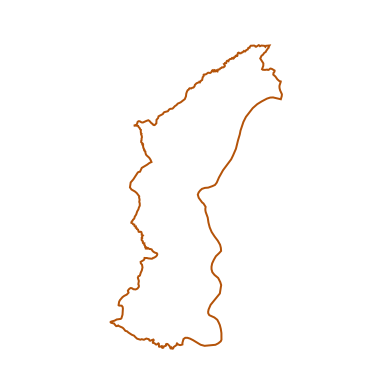 Guataquí, Cundinamarca, Colombia, rotated 191°
{"feature_id": "7082276B38387467100099", "entity_name": "Guataquí", "entity_type": "district", "adm_level": 2, "iso_a3": "COL", "parent_name": "Colombia", "parent_adm1": "Cundinamarca", "projection": "albers", "projection_center": [-74.774, 4.506], "detail": "fine", "context": "isolated", "style": "outline", "palette": "amber", "viewbox_px": 384, "rotation_deg": 191, "n_neighbors": 0, "source": "geoboundaries", "source_scale": "gbopen_adm2", "svg_char_len": 6017}
<svg xmlns="http://www.w3.org/2000/svg" viewBox="0 0 384 384"><g transform="rotate(191 192 192)"><path d="M246.4,48.2L243.3,48.0L242.6,47.2L240.8,45.9L239.9,46.1L239.0,46.9L238.3,46.5L234.4,45.6L233.3,45.0L230.9,43.0L229.0,42.8L227.8,42.0L223.9,40.4L221.4,39.9L220.0,38.8L217.8,37.5L214.5,37.2L213.3,37.9L211.0,37.8L208.9,39.4L206.4,39.3L205.8,38.8L205.5,38.2L204.7,38.0L201.8,39.8L201.5,39.6L201.3,39.2L201.8,37.1L201.6,36.5L200.1,36.4L198.1,35.4L197.1,35.9L196.2,37.0L195.7,36.8L195.5,36.4L194.9,34.0L194.2,33.9L192.2,35.0L192.0,34.7L192.1,34.0L191.9,33.6L191.0,33.4L190.4,33.8L190.3,35.0L188.4,36.0L188.2,36.4L188.5,37.5L187.7,38.1L187.0,38.1L184.5,36.4L183.2,34.4L182.8,34.4L182.5,35.3L181.8,34.6L181.0,34.5L180.6,35.1L180.5,36.2L177.8,39.0L178.0,40.0L177.8,40.5L176.7,39.8L175.1,39.4L173.9,39.6L172.3,40.5L172.6,42.2L172.3,46.0L170.8,47.6L168.6,48.0L166.0,47.7L162.8,46.8L154.4,43.7L150.3,43.4L139.8,46.5L137.2,48.6L135.3,50.9L134.9,52.6L136.2,59.1L137.6,63.1L139.3,66.7L140.9,69.0L142.8,71.4L146.1,73.1L151.5,74.4L152.9,76.0L153.3,77.5L153.3,79.8L152.2,84.8L145.3,97.7L145.6,106.2L147.1,109.0L149.9,112.6L154.1,114.9L156.7,117.1L158.1,119.9L158.6,122.4L158.6,125.7L157.6,129.7L156.3,133.5L153.5,137.5L152.2,139.7L153.0,142.6L154.4,145.6L157.4,149.1L161.3,152.6L165.1,156.5L167.9,160.7L170.0,165.1L171.7,169.9L174.7,174.9L175.3,176.4L175.7,177.9L175.8,180.0L178.5,182.9L180.1,183.7L184.3,187.6L185.8,190.5L185.4,192.8L184.3,195.0L182.8,197.0L180.1,198.5L176.9,199.4L173.2,201.6L170.8,203.3L169.5,205.9L168.3,211.4L165.7,219.3L159.8,231.5L158.7,235.6L157.1,242.9L156.7,251.4L156.1,257.6L156.1,261.5L154.9,270.6L153.4,276.0L148.4,285.9L144.7,290.7L140.8,294.3L136.2,298.0L133.3,299.6L130.5,300.3L122.5,300.0L122.2,303.3L122.4,305.1L124.9,308.6L125.9,310.7L126.3,312.2L126.4,313.3L125.9,317.2L126.0,317.5L127.3,317.5L129.7,318.9L132.2,321.3L134.6,322.7L134.7,324.6L134.1,325.6L134.0,326.2L134.1,327.0L136.9,328.0L138.3,328.2L138.8,328.0L139.7,326.9L140.6,326.3L141.6,326.5L143.6,325.8L145.9,325.5L146.7,325.9L146.1,329.4L146.5,331.9L150.5,336.1L149.7,339.1L148.6,340.2L147.6,342.4L146.4,343.5L145.9,345.2L145.2,346.5L145.0,347.5L144.3,348.2L144.3,349.4L143.9,350.6L147.3,349.6L147.7,348.5L149.0,349.3L151.8,349.0L153.1,348.1L153.9,348.7L154.5,348.9L156.8,346.8L157.4,346.8L157.8,347.3L158.9,347.6L162.2,346.8L163.0,345.5L163.0,344.6L163.4,344.4L164.2,344.2L164.5,342.5L165.7,341.8L166.6,340.1L167.0,340.0L167.9,340.4L169.1,338.6L170.0,338.3L170.6,337.4L171.6,337.2L172.5,337.7L172.9,337.7L173.5,337.1L173.5,335.8L173.8,335.3L173.4,334.5L173.6,334.1L174.1,334.0L174.9,334.2L175.2,334.0L175.3,332.9L176.6,332.1L176.4,331.3L176.8,330.8L177.4,330.7L177.9,331.2L178.3,331.2L178.9,330.1L180.0,329.8L181.1,328.4L181.2,327.4L182.1,327.7L182.7,327.4L183.0,326.7L183.0,325.1L183.5,324.8L184.3,324.8L184.5,324.0L185.0,323.7L183.9,322.4L183.8,322.0L184.0,321.4L184.9,320.4L186.4,320.1L186.7,319.4L187.7,318.9L188.4,317.6L189.7,317.2L190.0,315.2L190.6,315.3L191.3,316.1L191.7,315.8L192.0,314.9L192.5,314.7L192.8,314.9L193.2,316.0L193.4,316.0L193.6,314.7L193.9,314.4L194.4,314.6L194.6,315.3L195.0,315.5L195.5,315.0L195.9,313.3L196.9,312.3L198.9,312.2L200.7,310.3L201.4,309.9L202.7,309.6L203.0,309.1L202.7,308.5L202.8,307.7L203.4,306.7L203.4,303.9L204.2,303.2L204.8,302.1L205.6,301.8L205.3,301.1L206.5,300.8L208.3,299.6L209.6,297.7L209.7,296.2L210.5,294.8L211.7,294.3L212.7,293.4L213.6,293.5L214.1,293.4L214.6,292.8L214.7,292.0L215.6,291.2L216.1,289.7L216.4,287.5L216.2,284.8L216.8,281.8L220.3,277.8L222.9,276.0L223.8,274.4L225.2,273.0L226.8,270.4L227.3,270.0L229.2,269.5L230.3,268.5L231.1,266.7L234.4,265.1L235.0,264.4L235.3,263.3L235.8,262.7L239.3,259.9L239.4,258.1L240.6,256.1L240.1,252.6L241.4,250.6L242.0,250.4L242.9,250.6L243.7,251.1L243.8,251.4L245.1,251.9L247.3,253.6L248.6,254.1L250.3,253.1L253.4,250.9L254.4,250.7L255.4,250.9L256.6,251.4L257.7,251.4L258.3,251.0L258.8,250.3L258.9,248.6L259.4,247.4L261.8,246.1L260.9,246.1L260.3,246.4L257.5,246.6L256.7,245.5L255.5,244.7L254.8,243.6L254.0,243.2L253.9,241.9L253.4,240.1L252.7,239.6L252.9,238.7L252.3,238.1L251.6,236.3L251.7,234.7L251.4,233.2L251.6,232.8L251.6,232.2L251.3,231.1L250.6,230.8L250.3,230.3L249.6,230.1L249.8,229.1L249.0,228.9L249.0,228.1L248.7,227.7L248.6,226.9L248.2,226.4L248.1,225.9L247.4,225.2L247.2,224.2L246.5,224.0L246.4,223.3L245.5,222.8L245.4,222.1L244.4,220.1L243.6,219.3L240.6,217.5L239.0,215.9L237.5,213.7L239.4,212.3L241.2,210.3L245.9,206.1L246.9,202.0L248.5,201.3L249.1,200.4L252.0,193.2L254.0,189.7L253.8,184.7L253.4,184.3L251.9,182.9L248.1,181.6L246.0,180.4L243.0,177.7L242.9,176.5L242.1,174.8L241.9,173.7L241.9,172.2L241.2,171.1L240.7,168.9L240.7,168.4L241.2,166.5L241.3,164.7L242.1,162.5L242.5,159.2L243.5,156.8L243.5,155.6L243.8,154.6L244.7,153.4L244.8,152.6L245.6,151.5L245.7,150.2L244.3,149.8L243.7,149.1L242.4,149.0L242.1,147.8L241.8,147.5L240.5,147.5L240.4,146.2L239.4,146.0L239.3,145.5L239.0,145.1L237.8,144.8L236.8,142.8L236.3,142.7L234.8,143.2L234.1,143.0L233.3,141.5L233.2,140.4L231.9,140.0L232.5,138.8L232.3,138.1L232.6,137.5L232.1,137.1L232.5,136.2L232.1,135.0L230.8,134.2L230.6,132.9L230.2,132.4L229.9,132.3L229.0,132.5L228.8,131.1L228.5,130.7L228.0,130.6L227.4,128.8L226.6,129.1L226.2,128.8L226.3,127.7L225.0,127.9L224.9,128.5L224.7,128.7L222.9,127.9L222.1,128.1L221.1,128.0L220.6,127.9L219.9,127.0L218.5,126.0L216.8,125.4L214.9,125.2L214.2,124.4L214.3,123.2L214.9,122.0L216.5,120.4L217.6,119.9L218.0,119.2L218.9,118.8L222.1,118.5L223.7,118.6L226.0,118.2L226.0,116.9L226.4,116.0L229.1,113.6L228.6,112.2L227.2,111.1L226.2,108.5L226.3,105.4L226.9,103.1L227.2,100.2L227.6,99.6L228.5,99.1L228.8,97.5L227.2,94.5L227.1,91.2L226.4,90.3L226.1,88.8L227.1,86.8L228.7,85.6L231.0,85.4L232.4,86.0L233.7,86.1L234.8,85.3L235.6,84.1L236.1,82.8L235.6,81.9L235.1,81.3L235.1,81.0L236.5,78.8L238.6,77.2L240.2,75.5L242.1,72.1L242.6,70.3L242.5,66.9L241.9,66.6L239.4,67.0L238.2,66.0L237.6,64.4L236.8,58.3L237.2,54.6L237.8,53.8L241.6,52.5L243.5,50.9L246.6,49.4L247.1,48.9L247.0,48.5L246.4,48.2Z" fill="none" stroke="#b45309" stroke-width="2"/></g></svg>